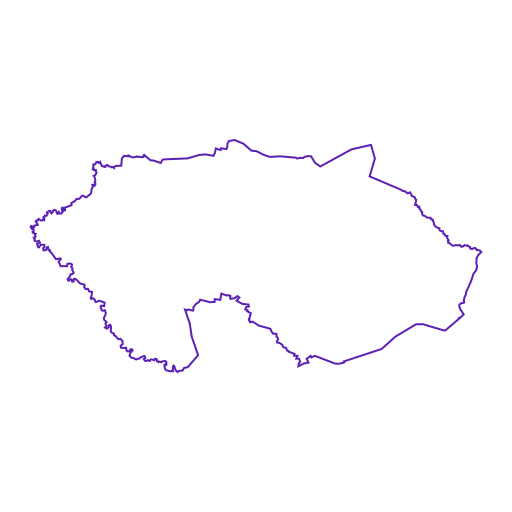 Yang Sisurat, Maha Sarakham, Thailand
{"feature_id": "78962969B22746873787701", "entity_name": "Yang Sisurat", "entity_type": "district", "adm_level": 2, "iso_a3": "THA", "parent_name": "Thailand", "parent_adm1": "Maha Sarakham", "projection": "mercator", "projection_center": [103.043, 15.652], "detail": "fine", "context": "isolated", "style": "outline", "palette": "violet", "viewbox_px": 512, "rotation_deg": 0, "n_neighbors": 0, "source": "geoboundaries", "source_scale": "gbopen_adm2", "svg_char_len": 5965}
<svg xmlns="http://www.w3.org/2000/svg" viewBox="0 0 512 512"><path d="M96.4,162.0L95.4,164.0L94.4,164.6L93.4,164.4L93.1,167.0L93.7,168.1L92.7,169.2L94.3,170.3L95.8,170.0L96.0,171.6L96.6,172.5L95.4,175.0L93.7,175.9L94.4,176.6L95.4,180.7L94.6,182.2L95.3,183.2L95.4,184.4L94.7,185.6L93.2,184.7L92.4,184.8L93.0,186.5L91.8,188.5L90.9,193.6L86.3,197.3L85.5,197.3L83.5,195.8L82.0,195.8L79.3,198.8L76.3,199.1L75.4,200.6L71.3,203.2L71.5,205.2L64.9,207.6L65.1,210.3L63.4,210.7L62.9,207.8L62.1,207.7L61.7,208.9L62.3,209.8L62.1,211.1L62.6,211.9L61.7,213.3L59.6,213.6L58.8,212.0L57.9,213.7L57.3,213.8L56.0,210.6L54.5,209.8L53.0,210.7L52.9,211.9L51.5,213.4L50.4,212.2L50.4,211.0L49.2,210.8L46.8,212.6L47.6,213.7L47.4,214.6L46.2,215.9L44.9,215.5L44.5,216.7L43.6,216.9L43.4,218.1L44.3,218.5L44.2,220.2L42.5,220.1L41.1,220.6L38.6,218.9L37.9,220.4L36.6,220.3L35.7,221.5L37.4,223.8L37.7,224.9L34.3,225.6L34.1,227.0L33.4,227.5L31.6,226.0L30.8,226.2L30.7,226.9L32.1,229.2L33.6,229.5L33.6,231.8L32.6,232.0L32.7,232.7L35.6,233.8L34.9,235.1L35.6,236.5L33.8,237.8L34.8,238.8L34.3,240.1L35.2,241.2L36.8,241.5L38.9,240.8L39.9,242.4L39.8,242.9L37.0,244.0L38.3,247.4L39.1,247.3L40.9,244.7L44.4,244.9L44.4,247.2L43.1,248.2L43.6,250.4L46.2,249.9L46.9,247.3L48.0,246.9L48.7,250.1L49.2,250.5L49.9,250.3L50.2,251.9L51.4,252.8L56.0,259.2L60.0,258.4L60.8,259.0L58.7,261.6L60.6,266.1L67.1,266.2L67.3,264.1L68.7,263.5L70.5,263.6L71.9,264.4L72.0,265.3L71.2,266.9L72.5,268.3L72.2,270.0L73.7,272.6L72.7,273.9L70.4,274.3L70.2,276.0L67.6,279.0L68.0,280.4L69.0,280.7L70.0,279.4L70.9,279.2L71.9,280.0L71.9,281.4L73.2,281.7L73.7,281.3L73.8,279.0L75.3,278.8L77.8,280.9L79.4,282.9L81.3,283.9L84.5,284.6L84.7,285.5L84.1,286.9L85.6,289.1L88.0,288.8L89.0,291.3L92.0,291.9L91.6,295.9L90.6,297.9L91.1,298.9L93.2,298.3L94.6,299.5L95.3,301.6L95.9,302.1L99.3,300.7L104.6,302.6L104.1,306.2L101.3,305.6L100.6,306.5L100.7,307.9L101.6,309.0L101.6,310.2L103.2,310.8L104.8,310.2L105.7,312.5L105.5,314.6L103.8,318.2L104.3,320.0L106.6,322.1L105.4,323.7L106.5,325.9L105.0,327.5L106.9,328.6L108.7,327.3L108.6,326.0L109.2,324.9L110.2,324.8L111.0,326.3L110.8,331.7L112.4,333.1L114.0,333.6L114.1,335.3L115.6,336.0L117.5,338.4L118.9,339.3L120.2,338.7L122.5,341.0L122.7,344.1L120.6,345.7L121.0,347.7L124.2,348.1L125.3,347.6L126.1,347.8L126.6,350.7L127.7,351.5L129.2,351.3L130.9,349.1L132.4,349.6L132.6,350.4L130.6,352.4L129.5,355.8L131.4,357.7L133.3,358.0L136.2,359.5L137.3,358.8L139.1,358.7L140.6,357.4L144.2,356.0L144.9,356.4L145.3,357.9L143.8,359.2L145.2,360.9L146.2,361.0L147.6,360.2L149.8,361.0L150.3,359.7L151.4,359.4L154.3,360.2L154.8,359.0L155.6,358.7L156.8,359.4L156.8,361.2L157.9,361.2L158.5,362.2L159.8,361.7L161.4,362.2L162.6,361.2L165.4,361.1L166.3,361.9L166.5,364.1L166.2,364.9L165.0,364.3L164.5,364.7L164.5,366.6L165.5,369.7L166.5,370.4L170.6,371.3L173.1,371.2L172.5,369.9L173.0,368.9L172.8,366.9L173.5,365.6L174.1,365.8L175.7,370.2L177.5,372.0L179.0,371.0L182.7,370.5L184.0,368.0L187.7,367.2L198.1,355.2L191.7,336.6L189.8,323.7L185.1,309.8L186.2,310.4L186.4,309.9L187.2,310.1L188.5,309.5L192.9,310.7L193.4,309.8L193.4,307.3L196.1,303.9L199.1,301.9L200.2,299.7L210.0,302.2L214.6,301.9L214.7,299.1L220.3,299.9L221.4,293.6L226.5,295.5L226.9,295.2L229.6,295.4L230.5,296.0L230.0,297.4L230.6,298.9L234.9,298.1L237.3,296.1L239.4,297.5L236.6,300.6L237.4,301.2L242.2,303.9L248.4,304.5L248.9,306.5L246.3,307.0L245.3,309.5L247.6,310.3L247.2,311.3L250.8,313.1L249.4,318.6L248.9,318.9L249.0,320.3L249.5,320.3L249.9,322.0L250.2,322.4L252.7,321.6L258.7,325.6L268.8,328.3L270.6,329.1L271.3,331.2L273.1,333.7L276.4,333.8L276.5,336.7L277.2,337.1L278.2,339.0L276.8,341.7L277.2,342.6L279.4,342.9L282.3,344.8L283.4,347.3L286.0,347.8L287.2,350.7L288.6,351.0L288.6,351.7L294.6,353.9L294.1,355.7L297.4,355.9L296.3,358.7L299.0,358.7L300.2,361.9L298.7,363.5L298.4,366.3L303.7,363.6L308.5,362.6L306.6,358.8L310.7,355.9L311.5,357.5L314.7,355.8L335.5,363.7L339.6,363.7L343.9,362.6L344.3,362.3L343.9,361.4L381.6,349.0L395.3,336.7L416.0,324.3L422.9,324.2L443.7,330.4L445.4,330.4L459.3,318.5L459.0,318.0L460.4,317.6L463.7,314.4L460.3,309.3L459.2,305.9L459.4,304.6L461.0,303.4L464.0,302.6L464.2,301.6L463.7,300.8L464.4,297.7L466.1,293.9L466.1,292.2L471.0,281.4L473.4,273.9L476.1,270.3L476.8,268.2L477.0,266.2L476.3,263.1L476.7,257.7L478.2,255.1L481.3,252.1L479.8,250.5L476.5,249.9L476.4,249.1L475.3,248.0L473.4,248.2L472.7,248.9L470.7,248.8L470.0,248.0L470.1,247.0L468.2,246.2L467.7,245.4L466.9,245.8L464.7,245.1L462.9,246.5L462.2,246.2L461.3,246.8L459.6,244.9L458.2,245.5L455.8,245.0L454.0,245.7L452.1,245.5L449.9,243.4L448.2,242.8L448.4,241.8L447.9,240.8L448.6,240.3L447.0,237.7L447.4,236.0L445.3,235.7L444.5,234.0L443.5,233.9L442.9,231.2L441.7,231.3L439.9,230.5L439.3,229.5L439.3,228.2L436.3,227.2L434.8,225.8L434.0,224.3L433.7,221.9L432.9,221.2L432.8,219.6L431.0,219.3L430.6,217.8L427.2,217.7L425.4,216.2L422.8,215.3L422.1,213.6L422.2,212.0L421.3,211.6L420.7,209.9L419.4,208.8L419.4,206.7L417.8,206.9L416.9,204.9L415.1,205.0L416.3,199.9L415.1,198.7L414.8,197.3L411.5,195.8L411.4,194.6L409.9,192.3L408.3,193.2L407.3,193.2L404.9,191.2L403.0,191.1L401.4,189.9L369.6,176.4L374.9,158.5L371.0,144.9L351.4,149.4L320.3,166.5L314.8,162.6L311.1,156.3L308.2,156.1L304.6,156.8L303.2,158.0L300.2,157.8L297.1,158.5L295.7,157.7L280.1,156.3L269.9,156.9L263.8,154.9L256.6,151.2L251.5,150.7L243.4,143.7L234.5,140.0L228.8,141.1L227.4,143.8L227.4,146.0L226.5,149.0L221.0,148.3L220.6,150.1L215.8,148.5L215.0,152.6L213.5,155.8L205.3,154.4L199.1,155.0L187.5,158.4L163.7,159.4L162.3,160.0L160.8,163.0L153.4,160.5L150.3,160.2L144.1,154.9L143.4,155.6L143.7,156.6L142.8,157.2L138.1,156.7L137.4,157.0L136.8,156.4L133.9,157.3L132.1,157.3L128.5,155.5L128.5,156.3L124.0,155.9L121.9,158.4L121.2,165.7L116.0,166.0L114.3,166.7L114.0,168.0L112.7,166.9L111.4,167.3L110.9,166.7L108.3,166.2L107.8,165.2L106.8,165.0L105.4,166.0L105.4,166.9L104.1,166.9L103.6,166.3L101.9,166.1L100.2,162.1L99.8,162.8L98.6,162.9L98.1,161.9L96.4,162.0Z" fill="none" stroke="#5b21b6" stroke-width="2"/></svg>